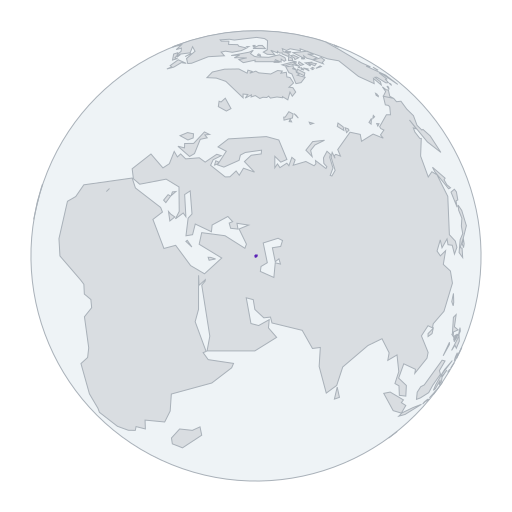 the Earth from above Şəmkir, rotated 22°
{"feature_id": "AZE-1685", "entity_name": "Şəmkir", "entity_type": "District", "adm_level": 1, "iso_a3": "AZE", "parent_name": "Azerbaijan", "parent_adm1": "", "projection": "orthographic", "projection_center": [46.049, 40.847], "detail": "fine", "context": "on_globe", "style": "filled", "palette": "violet", "viewbox_px": 512, "rotation_deg": 22, "n_neighbors": 0, "source": "natural_earth", "source_scale": "10m", "svg_char_len": 10905}
<svg xmlns="http://www.w3.org/2000/svg" viewBox="0 0 512 512"><g transform="rotate(22 256 256)"><circle cx="256" cy="256" r="225" fill="#eef3f6" stroke="#a8b0b8"/><path d="M227.2,32.6L227.5,32.5L235.2,31.8L239.9,31.4L256.3,33.5L281.0,37.3L291.2,37.7L287.0,38.7L308.2,39.7L323.2,43.8L304.7,39.9L301.6,40.1L311.0,42.8L309.9,43.7L313.8,45.7L311.6,46.8L300.9,45.0L299.3,45.8L306.1,47.8L308.1,50.5L298.4,47.4L301.0,51.9L283.7,51.1L259.6,44.0L248.4,46.4L219.3,47.4L220.3,49.0L210.0,51.1L207.3,54.0L202.7,53.9L204.6,56.3L209.3,56.0L211.7,57.0L210.6,58.9L204.5,58.8L204.2,57.9L201.8,58.9L199.2,58.2L199.8,59.6L192.6,59.7L198.0,62.4L190.8,64.8L186.4,64.2L189.2,60.6L186.0,52.0L182.5,51.2L174.6,53.1L155.0,63.9L150.1,65.0L141.8,69.0L143.3,69.8L150.4,67.0L151.3,70.1L159.9,66.9L161.5,67.9L169.4,66.7L165.6,71.0L157.7,76.0L151.0,77.5L147.3,80.0L151.7,82.2L137.1,89.1L124.1,101.4L120.6,103.1L117.6,98.9L122.8,89.0L118.8,85.7L118.8,92.3L110.1,97.2L107.5,100.1L106.5,102.7L108.8,102.7L105.2,105.6L104.0,99.6L107.2,96.9L107.5,98.6L109.9,94.3L109.0,91.2L104.7,94.5L107.9,88.1L104.8,90.5L103.8,90.8L108.5,87.2L100.2,93.8L101.6,92.0L114.9,80.4L129.1,69.9L144.0,60.5L159.7,52.3L175.9,45.4L192.6,39.8L209.8,35.5L227.2,32.6ZM31.1,269.2L31.5,274.7L34.3,294.5L36.1,305.0L36.2,305.4L32.9,287.4L31.1,269.2ZM234.7,31.7L242.1,31.3L235.5,31.7L229.6,32.3L234.7,31.7ZM254.3,31.5L250.9,31.6L249.3,31.1L251.8,31.2L254.3,31.5ZM298.9,38.2L293.7,37.1L299.1,37.9L298.9,38.2ZM314.7,45.9L316.5,46.0L317.8,47.1L314.7,45.9ZM170.9,64.5L170.1,65.5L169.1,65.2L170.9,64.5ZM175.1,63.0L174.4,61.9L176.2,61.1L176.6,61.8L175.1,63.0ZM315.6,49.7L317.0,51.7L313.7,49.4L315.6,49.7ZM175.5,64.7L179.6,59.8L182.9,58.4L187.1,60.2L175.5,64.7ZM316.6,52.6L320.2,57.8L324.6,58.3L314.2,60.2L314.6,54.9L309.8,51.8L314.4,53.1L316.6,52.6ZM211.3,55.1L206.2,55.6L211.5,53.6L211.3,55.1ZM214.1,53.6L226.9,46.9L233.9,47.5L228.2,49.4L238.1,49.2L235.2,52.7L229.1,53.6L225.2,52.5L227.1,54.8L214.1,53.6ZM307.9,60.7L307.2,61.9L305.9,60.4L307.9,60.7ZM213.1,57.3L215.1,55.8L221.3,56.1L218.5,59.3L217.4,58.1L213.1,57.3ZM242.1,47.6L246.2,48.6L245.0,51.7L246.4,52.6L235.7,52.9L242.1,47.6ZM215.4,59.0L216.9,61.0L212.9,62.6L211.6,58.9L215.4,59.0ZM224.1,54.9L226.9,55.3L224.4,56.1L224.1,54.9ZM199.8,69.9L202.0,67.7L205.4,67.6L199.8,69.9ZM217.7,61.6L219.0,61.1L220.6,60.9L220.8,62.6L217.7,61.6ZM235.6,55.1L234.2,56.3L239.9,55.1L239.2,57.6L232.2,57.5L235.0,58.6L234.8,59.4L229.3,58.5L235.6,55.1ZM225.7,63.8L216.6,64.9L211.7,68.9L208.5,69.0L216.9,62.7L225.7,63.8ZM228.3,60.7L226.0,62.6L223.2,61.6L223.1,59.7L228.3,60.7ZM241.3,59.5L244.2,55.7L245.6,55.9L241.3,59.5ZM224.9,65.1L227.1,64.8L224.8,65.4L224.9,65.1ZM236.9,61.3L237.7,59.9L239.3,60.1L236.9,61.3ZM230.9,65.6L227.9,65.9L227.7,64.5L230.9,65.6ZM234.1,63.8L236.1,64.5L229.4,63.9L234.2,63.1L234.1,63.8ZM238.3,61.8L239.5,61.5L237.7,62.4L238.3,61.8ZM233.3,70.8L225.0,70.3L224.5,67.2L232.7,68.0L233.3,70.8ZM66.8,313.7L60.7,275.9L66.6,268.4L69.7,254.5L112.0,230.1L118.7,238.1L149.4,246.7L152.8,250.3L146.7,260.7L167.8,283.5L177.5,276.2L199.0,289.4L214.9,291.8L225.0,270.7L198.9,266.4L196.9,254.7L219.7,248.8L242.8,253.0L242.7,248.6L230.2,237.3L237.6,230.1L226.1,232.8L229.2,237.8L222.1,239.8L218.8,235.5L221.5,232.9L215.1,229.9L203.7,243.7L205.6,250.2L187.7,249.1L189.2,260.0L183.5,263.5L178.9,246.4L180.9,241.0L170.6,220.3L166.8,225.7L176.3,245.9L172.4,243.4L167.4,251.7L168.1,243.4L158.7,220.8L143.9,218.4L121.3,233.0L113.4,230.3L108.5,221.5L120.4,200.8L136.7,209.2L141.1,202.9L141.0,189.7L146.0,193.6L147.9,189.6L154.4,192.3L166.6,186.2L173.7,188.0L181.5,176.4L186.2,176.0L180.2,182.8L179.9,188.9L197.8,194.2L202.1,192.4L205.7,184.6L210.2,187.4L211.5,179.3L223.2,178.8L209.9,172.8L213.8,164.4L222.6,159.4L221.5,155.8L207.3,164.0L203.7,168.3L204.5,173.6L192.9,185.6L186.1,185.9L189.2,170.0L179.9,169.1L186.5,157.8L220.9,141.4L233.7,139.9L248.5,154.9L243.8,159.7L236.1,156.5L240.4,167.2L241.4,162.6L245.1,165.1L249.8,158.4L252.7,160.0L252.3,151.1L256.3,152.3L256.5,157.9L266.8,149.7L276.0,150.6L277.0,148.1L275.4,145.2L288.1,148.7L288.3,146.7L284.2,144.7L281.8,139.7L282.6,132.3L287.0,133.9L287.3,136.8L294.4,145.6L294.6,153.5L296.4,153.4L297.3,147.0L288.6,136.2L287.8,131.4L292.7,135.8L290.9,133.8L291.9,131.9L296.9,131.7L291.9,126.7L296.8,106.0L307.1,104.2L310.9,110.1L318.9,99.1L329.9,99.1L326.1,97.1L327.4,91.3L324.0,91.1L322.2,89.8L324.0,76.2L327.8,74.7L324.2,67.7L322.3,66.8L319.3,67.4L314.2,60.2L324.6,58.3L328.5,60.3L332.4,58.2L340.7,63.3L349.4,66.9L356.3,74.5L362.6,77.1L363.4,76.1L372.5,79.4L388.6,90.7L372.1,86.0L347.3,72.4L357.1,78.1L353.9,78.3L356.8,81.5L363.8,85.6L365.2,85.1L371.2,101.7L386.1,118.2L387.5,112.0L393.4,112.9L411.5,128.9L427.3,163.8L435.2,167.5L439.0,172.7L439.3,179.9L433.9,172.5L429.8,173.6L426.7,168.6L425.4,178.7L420.8,172.0L422.0,183.6L426.9,186.8L429.8,180.0L432.8,193.6L441.9,197.1L448.3,207.6L451.0,236.8L445.7,252.4L446.5,256.5L441.6,256.2L439.3,268.1L451.7,280.9L452.8,286.7L447.2,305.3L446.3,301.3L433.4,300.6L434.0,315.8L443.9,319.7L447.4,329.8L441.1,331.5L437.2,322.8L432.6,322.2L431.7,309.7L423.8,294.9L417.3,303.4L415.7,295.9L403.8,285.5L393.3,297.1L378.0,326.4L379.3,345.8L372.5,356.8L355.9,334.7L349.9,316.7L343.0,320.6L326.7,307.6L295.9,312.1L292.3,307.2L286.4,310.4L275.0,306.0L269.8,297.5L262.6,298.4L276.6,320.5L284.5,319.5L292.1,310.1L294.5,318.0L305.6,323.7L290.5,344.4L246.2,362.3L243.2,347.6L216.6,303.3L218.2,298.5L218.2,297.9L217.9,296.9L214.1,304.5L210.0,295.4L222.7,327.0L224.2,339.7L245.5,363.2L243.2,365.4L250.5,370.0L275.4,364.0L275.3,368.8L262.6,390.3L229.2,415.7L234.5,431.9L233.5,444.1L214.6,449.7L218.2,457.8L208.7,459.1L209.4,462.9L202.9,465.4L191.3,465.8L169.4,459.6L166.5,456.4L153.2,446.2L134.0,421.3L137.9,413.2L135.3,403.8L119.7,376.6L123.0,365.5L119.2,358.2L111.1,355.6L107.0,346.7L102.3,343.9L74.2,329.4L66.8,313.7ZM94.9,248.3L93.1,252.3L94.9,248.3ZM265.8,268.7L280.6,269.2L276.4,255.1L281.7,254.3L278.3,250.0L276.0,254.1L268.1,242.2L275.3,237.9L274.8,231.7L269.8,231.3L257.8,241.2L269.0,258.0L264.6,263.8L265.8,268.7ZM110.2,97.5L110.2,98.1L108.4,101.0L107.9,100.3L110.2,97.5ZM109.0,111.7L103.3,116.0L107.0,112.2L105.1,111.6L110.4,103.2L119.2,103.5L114.3,104.7L109.0,111.7ZM120.0,92.8L115.6,97.6L120.1,92.3L120.0,92.8ZM152.3,166.1L153.5,170.1L149.4,173.9L140.5,172.9L146.3,167.2L152.3,166.1ZM156.0,175.0L161.7,160.3L167.4,160.7L163.2,162.9L166.5,164.7L160.6,168.7L160.6,184.1L157.1,188.6L142.5,183.5L149.2,182.5L147.7,178.4L156.0,175.0ZM165.9,126.3L168.4,121.2L177.6,128.7L174.2,132.7L165.1,131.6L163.8,126.3L165.9,126.3ZM182.1,69.3L182.5,67.8L184.2,67.6L185.3,68.8L182.1,69.3ZM200.5,68.9L182.3,76.2L181.8,74.7L171.8,81.5L166.5,80.3L173.2,75.8L161.6,80.3L165.6,75.8L157.9,79.4L173.3,69.6L176.4,66.2L175.0,70.4L179.7,71.5L182.7,70.9L193.4,67.0L202.3,60.7L208.5,61.2L210.4,63.3L209.2,64.9L205.6,64.0L206.6,66.8L200.4,66.7L200.5,68.9ZM229.8,94.3L226.1,91.3L227.0,99.3L220.9,98.3L221.4,99.3L215.9,100.7L210.2,104.2L207.8,103.1L206.6,105.0L203.0,106.2L200.5,108.5L195.3,107.5L191.9,110.4L191.4,108.3L186.9,113.6L187.9,109.3L183.3,110.7L184.8,114.2L162.7,105.4L152.6,105.9L143.7,109.0L146.6,101.8L156.8,94.6L170.0,89.0L179.3,89.8L178.9,86.7L183.2,86.3L181.7,88.9L186.6,84.7L189.8,85.2L201.5,81.7L206.6,75.9L211.1,74.7L210.6,77.2L215.3,74.3L217.5,78.4L220.7,77.8L226.0,81.5L223.3,87.2L227.1,86.1L231.4,89.1L229.8,94.3ZM234.6,71.9L232.8,78.4L228.5,81.2L221.0,73.7L217.8,73.7L212.8,69.5L219.1,65.7L219.9,67.2L222.2,67.8L219.3,68.7L223.3,68.4L224.6,70.6L228.1,71.0L226.6,72.9L234.6,71.9ZM158.2,247.5L161.2,249.1L166.1,250.2L163.0,255.8L158.2,247.5ZM151.5,232.1L154.4,232.4L152.4,240.3L149.4,238.8L151.5,232.1ZM157.6,226.2L154.7,231.9L154.5,227.9L157.6,226.2ZM183.1,182.8L186.3,182.9L186.0,184.9L183.5,187.2L183.1,182.8ZM231.1,119.5L229.7,116.9L231.1,116.2L232.4,109.9L237.1,110.4L238.1,114.4L231.1,119.5ZM219.6,273.9L214.1,277.5L212.1,275.1L214.4,274.3L219.6,273.9ZM186.4,267.2L193.2,271.7L185.5,268.7L186.4,267.2ZM236.4,119.0L236.4,116.3L238.8,118.3L236.4,119.0ZM240.6,110.5L243.6,112.3L237.8,109.7L240.6,110.5ZM272.8,442.5L259.7,461.4L248.8,461.5L245.8,456.4L250.0,445.0L262.3,441.5L268.1,435.4L272.8,442.5ZM468.4,327.0L470.0,323.7L469.8,324.6L468.4,327.0ZM466.7,328.4L469.0,324.2L466.0,330.9L466.7,328.4ZM469.9,322.5L472.2,316.4L473.2,313.2L472.8,315.1L469.9,322.5ZM465.0,331.5L453.5,347.1L448.4,351.0L450.1,346.8L458.4,337.7L465.0,331.5ZM449.6,347.2L441.1,348.0L425.9,335.5L431.4,331.9L446.6,334.2L445.7,337.5L450.9,338.5L449.6,347.2ZM468.3,309.6L467.3,318.0L461.5,326.1L458.5,328.8L456.5,321.9L457.7,315.5L460.3,312.5L467.6,282.9L470.6,282.5L469.0,293.6L471.3,296.5L468.3,309.6ZM380.4,347.1L386.3,355.8L382.3,359.3L380.4,347.1ZM468.5,265.6L466.9,278.4L467.7,263.5L468.5,265.6ZM467.8,253.2L468.9,256.7L466.9,255.2L467.8,253.2ZM448.3,262.0L445.7,266.2L444.6,263.5L447.4,256.6L448.3,262.0ZM453.1,216.7L456.7,224.9L457.5,228.3L454.6,225.0L453.1,216.7ZM276.2,123.0L269.1,130.9L267.1,137.6L270.8,142.8L262.6,139.2L265.7,128.7L276.2,123.0ZM293.8,107.7L290.5,103.7L293.9,103.6L295.1,104.5L293.8,107.7ZM290.5,106.7L282.8,105.4L282.2,102.0L288.4,103.6L290.5,106.7ZM259.5,111.5L257.0,113.7L255.2,112.0L259.5,111.5ZM447.2,375.1L448.6,372.8L452.7,365.8L447.2,375.1ZM472.4,317.9L475.4,306.6L476.3,303.0L472.4,317.9ZM480.4,275.8L480.4,274.8L480.9,268.6L480.2,273.0L481.1,263.6L481.1,265.1L480.4,275.8ZM478.1,288.4L477.9,290.7L477.5,291.1L478.1,288.4ZM478.9,284.7L479.8,280.8L478.6,286.9L478.9,284.7ZM472.7,295.6L473.4,298.6L475.7,290.2L473.9,298.6L474.9,302.6L474.1,306.8L473.3,302.1L472.0,311.9L470.8,314.1L470.9,308.0L472.3,296.7L473.4,290.6L477.2,279.4L472.7,295.6ZM479.1,279.0L478.7,275.1L478.9,270.3L479.4,271.5L479.1,279.0ZM476.3,266.5L473.9,264.2L472.7,270.3L474.2,253.9L476.4,258.8L476.3,266.5ZM472.8,255.9L471.8,261.6L472.2,252.8L472.8,255.9ZM470.9,260.3L469.7,256.2L471.1,254.1L470.9,260.3ZM473.5,254.3L472.0,246.0L473.6,249.1L473.5,254.3ZM466.5,247.3L471.1,248.8L466.8,253.2L462.0,238.9L463.5,235.3L466.5,247.3ZM445.3,170.5L442.4,167.2L442.4,163.3L444.4,166.7L445.3,170.5ZM439.7,149.1L441.4,161.3L442.3,171.8L444.1,171.5L448.2,180.0L443.0,176.7L439.2,164.4L439.3,157.8L435.2,151.3L432.7,143.8L426.8,137.7L424.3,133.1L429.7,136.7L439.7,149.1ZM424.2,135.4L412.9,123.7L414.9,119.8L417.8,121.5L422.1,128.4L420.8,130.0L424.2,135.4ZM410.8,119.9L409.4,121.5L390.0,110.7L386.4,107.6L402.2,113.0L401.8,114.9L406.2,118.4L410.8,119.9ZM309.7,62.4L307.4,62.0L309.3,61.5L309.7,62.4ZM320.3,89.9L318.3,88.0L320.5,87.3L320.3,89.9ZM313.8,82.5L312.8,84.7L312.1,81.7L313.8,82.5ZM310.7,89.8L311.5,85.2L313.3,90.6L310.7,89.8Z" fill="#d9dde1" stroke="#a8b0b8" stroke-width="1"/><path d="M256.7,256.1L256.6,256.3L256.5,256.5L256.4,256.7L256.2,256.7L256.1,256.8L255.9,256.7L255.8,256.8L255.7,257.0L255.6,256.9L255.5,256.7L255.4,256.6L255.2,256.4L255.1,256.2L255.1,255.9L255.3,255.7L255.5,255.5L255.5,255.4L255.8,255.4L256.0,255.4L256.2,255.2L256.4,255.0L256.5,254.9L256.6,255.0L256.8,255.3L256.8,255.5L256.7,255.5L256.7,255.8L256.7,256.1Z" fill="#8b5cf6" stroke="#5b21b6" stroke-width="1.5"/></g></svg>